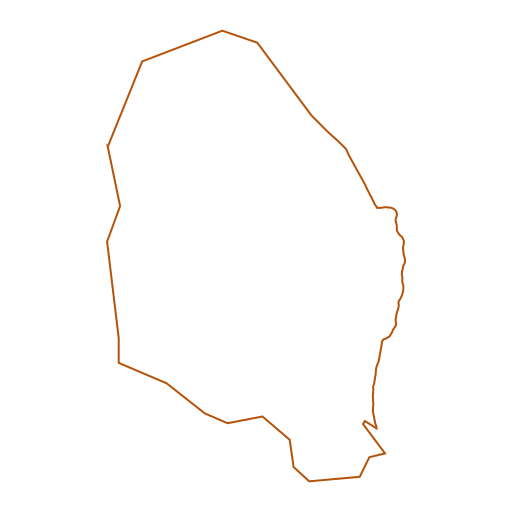 Maban, Upper Nile, South Sudan (Natural Earth projection)
{"feature_id": "79223893B87220542132951", "entity_name": "Maban", "entity_type": "district", "adm_level": 2, "iso_a3": "SSD", "parent_name": "South Sudan", "parent_adm1": "Upper Nile", "projection": "natural_earth1", "projection_center": [33.834, 10.017], "detail": "fine", "context": "isolated", "style": "outline", "palette": "amber", "viewbox_px": 512, "rotation_deg": 0, "n_neighbors": 0, "source": "geoboundaries", "source_scale": "gbopen_adm2", "svg_char_len": 1670}
<svg xmlns="http://www.w3.org/2000/svg" viewBox="0 0 512 512"><path d="M376.5,428.4L376.5,426.8L375.2,423.2L373.1,412.6L372.9,410.4L373.3,403.6L373.1,400.6L372.8,395.6L373.1,393.9L373.3,389.9L373.1,386.8L373.6,385.4L374.3,383.0L374.7,379.7L375.6,374.6L375.8,371.6L376.2,368.1L376.7,366.2L378.5,361.8L378.9,359.7L379.4,357.6L379.7,355.3L380.4,352.1L380.9,348.3L381.5,346.1L381.6,344.2L381.8,342.6L382.4,340.9L383.0,340.1L383.5,339.3L384.8,339.0L386.5,338.3L387.7,337.4L389.2,336.7L390.9,334.2L391.7,332.9L392.2,332.0L392.8,330.1L393.7,328.7L395.5,326.1L396.2,323.8L395.5,320.1L396.0,317.9L396.2,315.8L396.9,312.4L397.8,309.8L398.5,307.6L398.8,304.9L398.5,302.9L398.6,301.4L399.4,300.3L400.5,298.4L401.9,295.4L403.1,291.3L403.4,287.7L403.3,285.1L402.7,283.7L402.2,281.5L402.4,278.5L402.3,276.6L401.8,274.7L402.0,273.4L401.9,271.7L402.6,269.3L403.4,265.5L404.5,263.4L405.0,261.7L405.0,259.2L403.7,254.6L403.3,251.2L403.0,247.6L403.4,245.5L403.8,243.3L403.9,240.9L402.1,237.0L400.1,235.4L398.2,233.0L396.9,230.7L396.9,228.9L396.7,224.8L395.9,222.1L395.6,219.4L396.4,217.2L397.0,214.8L396.6,212.3L395.5,210.4L393.6,208.8L391.1,207.7L388.7,207.5L385.8,207.2L383.4,207.4L380.8,207.9L378.5,207.9L377.0,207.9L376.4,206.4L375.2,205.0L374.5,203.7L372.1,198.7L366.5,187.9L364.7,183.9L349.2,155.9L345.9,148.8L338.8,141.8L327.6,131.7L311.4,115.4L272.5,63.1L257.3,42.7L248.8,39.8L222.3,30.7L142.2,61.4L107.8,146.6L107.7,146.5L120.1,206.1L107.1,241.6L118.7,338.1L118.7,362.9L166.6,383.3L204.8,413.4L227.5,423.2L262.5,416.5L289.7,439.8L293.6,467.0L309.2,481.3L359.7,476.8L369.4,457.2L385.0,453.4L363.0,424.0L364.9,421.0L376.5,428.4Z" fill="none" stroke="#b45309" stroke-width="2"/></svg>